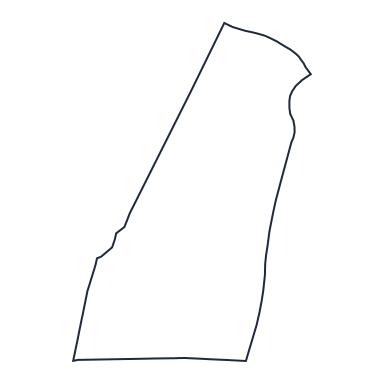 the district of Al Mutun, Al Jawf, Yemen
{"feature_id": "15242507B16554732287122", "entity_name": "Al Mutun", "entity_type": "district", "adm_level": 2, "iso_a3": "YEM", "parent_name": "Yemen", "parent_adm1": "Al Jawf", "projection": "natural_earth1", "projection_center": [44.619, 16.313], "detail": "fine", "context": "isolated", "style": "outline", "palette": "slate", "viewbox_px": 384, "rotation_deg": 0, "n_neighbors": 0, "source": "geoboundaries", "source_scale": "gbopen_adm2", "svg_char_len": 1197}
<svg xmlns="http://www.w3.org/2000/svg" viewBox="0 0 384 384"><path d="M191.7,89.7L190.8,91.5L136.6,199.7L129.9,213.0L125.0,225.6L124.4,227.0L119.1,231.1L116.2,233.3L114.8,239.5L112.1,247.4L110.3,248.9L107.5,251.3L101.1,256.7L97.0,258.3L95.6,264.6L94.3,269.0L94.2,269.3L91.8,277.0L90.9,279.9L89.8,283.6L87.7,290.2L87.4,291.1L86.9,293.7L82.3,316.5L82.2,316.6L77.2,341.5L73.6,358.8L73.2,360.8L77.9,359.9L134.7,358.9L154.8,358.5L176.7,358.2L177.9,358.1L185.2,358.0L191.3,358.3L202.1,358.8L209.3,359.2L215.6,359.5L224.9,359.9L245.8,361.0L246.0,360.6L251.5,342.1L256.6,325.0L259.4,312.9L261.7,300.7L263.3,290.4L264.9,275.1L265.2,263.9L266.0,255.8L267.6,245.4L269.5,231.0L272.7,214.8L273.2,212.3L275.8,200.4L280.2,183.8L285.3,164.9L291.4,142.3L291.4,142.2L293.4,137.7L294.6,132.3L294.5,126.9L293.4,120.6L290.2,113.9L289.4,108.0L289.4,100.8L289.9,97.1L290.1,95.9L292.1,91.4L295.7,86.0L302.0,80.1L308.7,75.6L310.8,74.2L308.8,71.5L305.4,66.9L303.6,63.2L300.8,59.5L298.7,56.4L295.3,53.3L290.4,49.6L283.9,45.8L276.8,41.4L269.7,37.9L264.9,35.7L256.5,33.3L251.0,32.0L245.6,30.9L238.8,28.9L236.6,28.2L232.8,27.1L227.4,24.5L224.3,23.0L192.0,89.1L191.7,89.7Z" fill="none" stroke="#1e293b" stroke-width="2"/></svg>